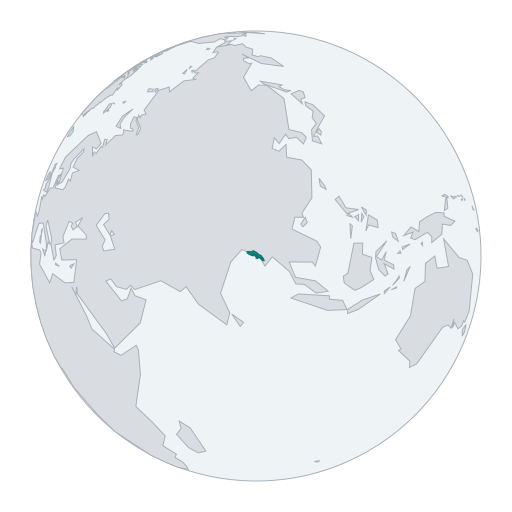 Rakhine on an orthographic globe, rotated 327°
{"feature_id": "MMR-3273", "entity_name": "Rakhine", "entity_type": "State", "adm_level": 1, "iso_a3": "MMR", "parent_name": "Myanmar", "parent_adm1": "", "projection": "orthographic", "projection_center": [93.662, 19.414], "detail": "fine", "context": "on_globe", "style": "filled", "palette": "teal", "viewbox_px": 512, "rotation_deg": 327, "n_neighbors": 0, "source": "natural_earth", "source_scale": "10m", "svg_char_len": 13819}
<svg xmlns="http://www.w3.org/2000/svg" viewBox="0 0 512 512"><g transform="rotate(327 256 256)"><circle cx="256" cy="256" r="225" fill="#eef3f6" stroke="#a8b0b8"/><path d="M347.6,50.2L351.7,52.6L361.0,57.6L353.5,54.0L375.9,67.0L384.5,74.5L370.5,63.8L365.8,61.3L369.5,64.8L365.4,63.1L364.9,64.0L359.7,61.8L351.9,56.5L348.4,55.2L351.3,57.9L347.9,58.0L344.2,54.1L337.9,53.9L323.8,46.6L318.3,40.5L306.2,37.1L293.8,33.9L312.1,37.8L330.1,43.3L347.6,50.2ZM269.3,31.1L268.7,31.1L265.3,31.0L263.4,30.8L269.3,31.1ZM368.6,62.0L366.1,60.2L369.9,62.7L368.6,62.0ZM365.7,64.6L367.7,65.8L366.6,65.9L365.7,64.6ZM357.6,62.7L355.2,62.7L356.3,61.7L357.6,62.7ZM352.9,62.2L347.2,63.0L351.1,65.5L336.7,59.4L346.4,60.3L347.1,58.5L349.4,60.7L352.9,62.2ZM275.5,31.6L293.4,33.8L295.8,34.4L289.3,33.3L294.9,34.6L287.2,33.6L282.4,32.7L279.5,32.4L275.5,31.6ZM329.7,56.2L327.1,55.9L328.3,55.3L329.7,56.2ZM268.8,31.1L272.2,31.4L274.5,31.8L268.1,31.5L269.4,31.4L268.8,31.1ZM300.1,35.6L300.7,36.1L294.6,35.4L294.0,35.6L287.2,33.7L300.1,35.6ZM267.1,31.2L264.7,31.4L260.6,31.1L265.6,31.0L267.1,31.2ZM277.8,32.1L278.6,32.4L276.0,32.1L277.8,32.1ZM244.3,31.2L248.4,31.0L249.9,31.1L244.3,31.2ZM264.1,31.5L265.6,31.5L266.7,31.7L264.3,31.8L264.1,31.5ZM283.4,33.5L280.8,33.3L285.9,34.2L281.6,34.1L277.8,33.0L277.6,33.4L276.3,33.4L274.7,32.6L283.4,33.5ZM265.0,32.5L258.8,31.6L251.0,31.7L249.4,31.5L262.2,31.5L265.0,32.5ZM270.9,32.6L266.9,32.4L266.9,32.0L269.7,31.9L270.9,32.6ZM280.0,34.6L287.6,35.0L288.2,35.3L280.0,34.6ZM262.8,32.5L264.3,32.8L262.2,32.6L262.8,32.5ZM274.7,33.9L277.3,33.9L277.9,34.2L274.7,33.9ZM265.3,33.4L263.2,33.0L265.0,32.8L265.3,33.4ZM269.6,33.7L269.7,34.1L266.9,33.0L270.7,33.6L269.6,33.7ZM274.8,34.2L276.0,34.4L273.6,34.1L274.8,34.2ZM259.6,34.7L255.6,33.3L259.6,32.8L262.9,34.1L259.6,34.7ZM70.1,128.8L75.7,121.7L72.8,127.4L77.8,133.2L77.4,136.2L70.0,145.1L68.4,166.1L75.9,160.1L81.1,174.4L88.9,178.9L103.6,161.4L90.9,153.6L95.3,143.1L110.8,141.5L122.9,149.5L125.1,145.8L123.0,133.8L131.5,129.4L122.9,129.4L122.2,134.0L116.8,134.4L117.2,130.3L120.2,128.6L118.1,125.1L104.5,134.7L102.2,140.4L93.4,137.3L88.8,146.8L84.4,149.3L90.5,134.2L94.3,129.9L100.9,112.4L96.2,116.5L89.6,133.6L89.1,131.2L82.6,137.9L87.2,131.0L95.6,112.3L91.5,110.4L76.2,123.0L75.9,121.7L80.1,115.5L95.6,98.7L94.6,103.6L100.1,98.7L108.8,89.3L107.8,92.0L111.2,89.1L111.7,91.0L120.7,86.9L122.5,88.6L134.1,81.0L136.6,81.2L129.0,85.4L124.7,89.7L130.0,95.2L133.4,94.5L140.6,89.4L141.1,92.0L147.3,86.4L154.4,88.0L151.0,81.8L159.3,76.7L167.9,74.9L170.1,72.4L156.0,75.5L150.9,77.9L147.5,81.6L133.2,88.5L129.6,88.1L142.3,77.4L138.7,76.0L150.2,69.3L181.1,63.5L189.9,64.9L187.4,77.2L180.7,79.2L178.2,75.6L173.1,83.4L177.0,80.6L177.5,83.1L185.6,79.8L186.3,81.4L192.8,75.7L194.5,77.4L190.4,81.0L203.8,78.5L209.7,81.7L212.4,80.4L213.6,78.1L220.3,84.2L222.0,83.0L220.4,80.5L222.8,76.8L229.6,72.8L231.5,75.0L229.3,76.8L227.7,84.3L221.5,89.2L223.0,89.8L228.8,86.2L230.8,76.9L234.3,73.9L234.4,78.0L234.6,76.3L237.0,75.5L241.1,77.1L241.6,72.7L264.9,64.1L275.3,67.1L272.7,71.2L291.0,69.9L301.3,74.9L299.8,72.4L307.6,71.0L304.5,69.3L304.4,68.1L323.1,65.5L329.0,67.2L335.4,64.7L334.7,63.6L330.7,62.0L336.7,59.4L351.1,65.5L352.0,67.6L360.4,70.6L361.3,75.2L366.0,80.9L362.2,85.2L366.2,89.9L369.0,90.6L376.6,98.1L382.4,112.1L365.3,97.4L354.1,78.8L357.6,85.7L353.1,83.4L352.0,85.6L354.8,91.0L357.4,92.0L342.8,99.3L342.1,114.9L351.2,114.0L358.1,118.9L365.2,139.2L352.5,167.9L361.5,177.4L362.9,183.8L356.8,187.9L354.6,178.6L347.4,175.4L347.2,169.9L336.7,174.3L335.8,166.7L328.1,174.6L332.3,180.6L341.9,178.9L335.5,189.8L346.7,200.5L349.3,213.8L334.6,237.6L317.8,245.1L317.0,249.4L309.7,244.6L300.9,253.1L315.2,276.8L315.1,283.7L300.4,296.8L299.9,291.7L280.6,279.1L277.5,295.4L292.2,309.1L297.3,324.8L286.3,319.9L281.0,306.0L274.2,301.1L275.6,287.0L269.2,265.6L258.0,269.3L258.5,260.7L247.9,242.8L231.6,247.3L206.0,267.9L203.1,289.3L194.0,297.8L181.5,265.1L180.7,243.7L173.1,244.6L162.7,224.9L136.0,218.1L134.9,212.2L129.2,213.4L122.4,205.8L121.8,196.2L116.4,195.2L118.7,220.4L124.8,221.8L133.7,214.9L132.9,223.4L139.9,232.9L122.4,249.1L87.2,256.3L88.3,239.8L85.5,190.1L88.2,185.7L88.4,185.2L88.7,184.2L83.6,190.8L84.7,181.5L81.2,214.4L78.6,227.7L86.6,257.1L84.7,259.0L88.7,265.8L107.0,265.7L106.1,270.9L94.6,292.3L73.3,316.7L78.8,339.8L81.8,357.6L74.5,364.3L81.3,378.8L78.3,380.8L82.2,388.5L83.3,394.4L82.9,398.0L75.7,391.0L70.4,383.5L59.5,366.1L42.3,326.9L39.0,313.0L36.3,300.0L31.7,266.8L32.3,252.6L32.3,244.6L31.5,243.1L32.1,233.7L32.1,231.6L32.1,230.8L34.9,212.7L39.2,194.9L44.9,177.4L51.9,160.6L60.4,144.3L70.1,128.8ZM131.0,168.8L141.3,173.4L144.8,159.8L149.1,160.7L148.7,156.1L145.0,158.9L145.3,146.6L152.8,145.1L155.7,139.9L152.4,138.1L138.7,143.2L138.2,160.3L132.3,164.2L131.0,168.8ZM129.7,73.3L127.1,75.9L122.8,78.4L120.7,78.1L126.8,74.2L129.7,73.3ZM124.4,79.1L137.6,69.6L139.5,70.1L136.2,71.3L136.1,72.5L130.8,75.0L119.7,85.3L115.2,88.4L113.6,85.0L116.6,84.1L119.0,81.4L124.4,79.1ZM168.1,50.5L173.9,48.0L170.5,51.9L165.5,53.9L163.0,53.2L167.4,50.5L168.1,50.5ZM259.2,30.7L260.6,30.9L258.3,31.0L255.4,31.1L255.3,30.9L251.6,31.1L249.2,30.9L246.1,31.1L231.4,32.1L259.2,30.7ZM209.3,35.6L211.1,35.5L214.8,34.6L216.8,34.5L213.1,35.2L220.0,34.0L220.7,34.2L229.8,33.7L239.4,32.6L242.9,32.7L239.5,33.2L245.5,33.0L241.4,34.3L243.8,34.5L242.3,36.3L234.2,37.7L237.6,37.9L236.6,39.6L230.0,41.3L231.1,39.6L223.2,42.9L220.8,41.5L220.0,42.0L215.7,41.8L209.0,42.6L208.9,41.9L206.4,42.6L203.4,42.7L199.9,43.5L198.5,42.6L194.0,43.7L195.9,42.7L188.6,44.9L193.4,43.0L190.0,43.4L187.2,45.0L188.1,41.3L186.0,41.9L209.3,35.6ZM258.9,35.1L249.8,36.4L244.0,36.5L249.2,33.5L247.5,33.2L250.6,31.9L258.9,31.9L257.2,32.2L257.6,32.6L254.8,32.4L257.3,32.8L255.1,33.4L256.4,33.9L253.1,34.1L258.9,35.1ZM80.9,133.9L81.3,135.4L82.8,136.6L78.8,141.2L80.9,133.9ZM86.4,121.2L87.3,121.5L82.3,127.9L82.0,126.6L86.4,121.2ZM92.1,116.5L87.8,121.0L89.9,117.8L92.1,116.5ZM130.3,85.6L131.8,85.9L130.3,87.3L127.5,88.7L130.3,85.6ZM206.0,53.1L207.5,51.5L209.0,51.4L215.8,48.6L218.1,49.7L214.9,51.9L206.0,53.1ZM99.0,163.4L94.3,165.6L94.2,163.1L95.8,162.8L99.0,163.4ZM84.1,152.8L85.5,157.6L83.0,154.0L84.1,152.8ZM209.6,53.9L212.2,52.5L211.8,53.9L209.6,53.9ZM220.2,50.5L220.4,51.9L219.2,49.5L220.2,50.5ZM193.7,460.4L198.2,462.5L194.7,462.1L193.7,460.4ZM107.2,364.5L107.7,392.3L100.4,389.7L95.1,380.0L92.2,362.3L99.3,359.9L101.7,352.6L107.2,364.5ZM351.0,358.0L357.1,358.4L356.8,359.4L351.0,358.0ZM344.6,355.2L351.7,355.0L343.2,357.4L344.6,355.2ZM354.5,354.9L361.8,352.4L365.0,350.6L364.3,352.6L354.5,354.9ZM339.7,355.6L312.3,356.5L301.4,354.1L304.1,350.6L321.8,351.0L339.7,355.6ZM303.2,350.5L286.3,340.5L262.4,310.2L271.0,311.0L295.8,329.3L294.2,332.4L304.5,340.4L303.2,350.5ZM343.6,330.5L342.0,339.9L327.0,339.8L320.1,338.6L315.4,326.7L318.1,320.5L323.7,320.5L345.1,298.6L352.6,303.3L346.2,312.5L352.4,320.3L343.6,330.5ZM204.1,291.5L209.4,304.8L204.4,306.4L204.1,291.5ZM353.2,283.2L344.9,293.0L352.3,280.2L353.2,283.2ZM357.2,271.2L358.0,275.9L354.3,271.6L357.2,271.2ZM317.2,255.9L311.3,257.1L310.9,253.8L318.3,250.3L317.2,255.9ZM351.1,225.1L351.9,234.9L351.1,238.3L348.0,232.5L351.1,225.1ZM232.9,65.7L220.9,68.0L213.8,71.3L212.1,75.4L209.3,71.0L220.3,65.9L232.9,65.7ZM260.7,63.8L262.1,60.9L264.9,62.0L265.0,62.8L260.7,63.8ZM259.1,62.2L254.4,59.1L257.4,57.4L260.5,60.1L259.1,62.2ZM231.6,55.3L227.9,55.8L228.3,54.5L231.6,55.3ZM385.3,435.5L388.9,430.2L394.9,427.8L389.3,433.4L385.3,435.5ZM373.4,417.5L332.1,433.9L323.9,433.1L327.8,427.9L324.1,412.8L327.0,413.0L327.5,402.2L352.9,390.3L371.8,369.8L383.8,369.4L394.2,354.4L405.9,353.4L401.2,364.9L411.8,369.7L422.7,343.8L425.5,367.9L430.8,374.6L427.9,389.2L404.9,418.1L395.1,425.1L394.9,423.4L390.4,426.7L385.7,427.1L386.4,420.0L381.8,423.3L387.7,416.5L380.4,422.9L379.5,418.4L373.4,417.5ZM455.3,352.7L456.0,352.7L456.0,355.9L454.9,356.2L455.3,352.7ZM463.8,334.6L463.9,335.8L463.4,336.6L463.8,334.6ZM463.6,334.3L464.6,331.4L464.0,334.0L463.6,334.3ZM461.2,323.4L462.0,321.7L462.2,322.6L461.2,323.4ZM366.2,357.7L375.0,349.8L379.6,348.7L366.2,357.7ZM460.6,321.0L458.9,321.6L459.2,320.1L460.6,321.0ZM461.1,317.7L461.1,315.8L461.6,319.9L461.1,317.7ZM458.0,314.8L459.9,317.4L457.7,315.4L458.0,314.8ZM456.6,315.9L455.0,315.0L455.2,314.3L456.6,315.9ZM435.4,325.3L441.8,335.1L436.0,336.4L429.7,330.8L423.7,338.9L410.7,340.4L414.0,335.6L412.5,329.4L398.4,329.0L395.5,325.1L400.8,321.5L391.1,319.4L401.8,316.0L405.9,324.2L411.8,316.4L421.5,316.3L430.5,317.4L437.2,322.3L435.4,325.3ZM401.3,335.4L403.1,335.1L401.4,338.0L401.3,335.4ZM452.0,311.4L454.3,314.7L453.9,315.9L452.7,315.7L452.0,311.4ZM438.8,320.4L446.3,311.2L447.9,310.8L442.9,320.4L438.8,320.4ZM444.7,306.9L447.9,307.0L449.5,310.6L448.8,311.9L444.7,306.9ZM379.6,330.1L379.1,332.6L376.3,331.0L379.6,330.1ZM383.4,328.2L391.8,329.8L382.5,330.4L383.4,328.2ZM356.6,322.1L359.2,327.8L367.5,323.3L361.2,329.2L366.6,338.3L364.6,342.1L359.3,332.2L357.0,343.0L353.3,343.1L351.5,334.1L355.3,322.6L359.0,317.7L373.9,314.5L356.6,322.1ZM383.4,321.1L381.1,314.5L382.8,309.8L385.3,313.1L383.4,321.1ZM373.9,298.7L367.4,291.3L361.8,294.8L372.8,282.7L377.3,291.8L373.9,298.7ZM367.9,281.7L362.7,284.9L367.9,278.0L367.9,281.7ZM361.2,282.3L360.2,276.8L364.5,277.2L361.2,282.3ZM370.7,281.7L371.1,272.2L373.6,277.5L370.7,281.7ZM357.6,264.5L367.3,272.9L355.2,269.9L353.2,251.8L358.2,251.0L357.6,264.5ZM376.2,189.9L374.1,185.0L378.3,183.5L378.5,187.3L376.2,189.9ZM389.8,175.8L378.7,181.6L369.4,187.0L373.0,189.0L372.2,197.7L366.0,190.2L371.4,180.3L378.7,177.8L378.4,170.7L382.8,165.6L379.6,157.2L381.0,153.4L386.2,160.4L389.8,175.8ZM377.8,153.7L373.8,139.2L382.3,140.6L385.1,144.0L383.4,150.0L379.0,148.8L377.8,153.7ZM375.3,136.3L371.0,135.2L356.1,115.6L355.0,111.9L370.9,126.6L367.7,126.6L369.9,131.5L375.3,136.3ZM328.7,57.1L327.3,56.0L329.8,56.9L328.7,57.1ZM302.5,67.2L302.8,65.7L305.8,66.5L302.5,67.2ZM305.3,62.2L301.7,62.3L304.7,61.2L305.3,62.2ZM293.9,63.0L299.9,61.9L295.3,64.4L293.9,63.0Z" fill="#d9dde1" stroke="#a8b0b8" stroke-width="1"/><path d="M252.0,248.8L252.2,248.7L252.3,248.6L252.5,248.9L252.8,249.1L253.0,249.5L253.3,249.5L253.4,249.4L254.1,249.6L254.2,250.1L254.4,250.3L254.5,250.5L255.1,250.9L255.3,251.0L255.6,251.0L255.8,251.1L256.0,251.0L256.1,250.9L256.0,250.6L256.0,250.3L256.0,250.2L256.3,250.2L256.3,250.3L256.4,250.5L256.5,250.7L256.9,250.9L256.9,251.4L256.9,251.5L257.2,251.6L257.3,251.7L257.8,252.6L258.0,253.0L258.2,253.3L258.2,253.5L258.4,253.8L258.5,254.0L258.5,254.4L258.6,254.8L258.8,255.8L259.3,256.6L259.2,256.8L259.3,257.2L259.5,257.3L259.8,257.5L259.9,257.8L260.0,257.9L260.2,258.1L260.3,258.3L260.2,258.3L259.9,258.5L260.0,258.5L260.2,258.8L260.1,259.0L260.2,259.4L260.1,259.7L260.3,260.0L260.5,260.5L260.6,260.8L260.5,261.1L260.5,261.5L260.5,261.8L260.6,262.1L260.6,262.6L260.3,263.0L260.3,263.6L260.2,263.8L260.1,264.0L259.9,263.9L259.7,263.8L259.4,263.7L259.3,263.3L259.4,263.2L259.6,263.3L259.5,263.1L259.4,262.9L259.3,262.6L259.1,262.4L259.1,261.9L258.9,261.7L259.0,261.5L259.1,261.3L259.0,261.1L259.0,260.9L258.9,260.8L258.8,260.6L258.5,260.6L258.5,260.4L258.8,260.3L258.7,260.1L258.5,259.9L258.2,259.6L258.2,259.4L258.2,259.5L258.2,259.4L258.2,259.0L257.8,258.7L258.0,258.7L258.3,258.7L258.2,258.6L257.8,258.3L257.8,258.1L257.8,258.3L257.7,258.3L257.5,258.2L257.5,258.3L257.4,258.2L257.4,257.9L257.5,257.9L257.4,257.7L257.5,257.5L257.5,257.4L257.4,257.3L257.4,257.1L257.5,256.8L257.4,256.4L257.5,256.2L257.4,256.4L257.3,256.5L257.4,256.8L257.2,257.0L257.0,256.8L256.9,256.9L256.9,257.0L257.1,257.1L257.1,257.5L257.2,257.8L257.1,258.0L256.9,258.1L256.6,257.8L256.3,257.7L256.2,257.6L256.0,257.4L255.9,257.1L255.7,256.9L255.6,256.7L255.4,256.3L255.3,256.1L255.5,255.9L255.7,256.0L255.8,256.0L255.9,256.3L256.0,256.4L256.2,256.5L256.3,256.7L256.5,256.7L257.0,256.4L257.2,256.1L257.2,255.9L256.9,255.8L257.0,255.7L256.8,255.7L256.5,255.4L256.4,255.3L256.3,255.2L256.5,255.0L256.6,254.8L256.5,254.7L256.5,254.9L256.4,255.0L256.2,254.9L256.2,254.7L256.3,254.7L256.2,254.6L256.1,254.8L255.9,254.7L255.8,254.8L255.8,254.5L256.0,254.2L256.3,254.2L256.2,254.1L256.3,254.0L256.2,253.9L256.2,254.0L255.8,254.0L255.7,254.2L255.5,253.9L255.4,253.8L255.5,253.8L255.5,253.7L255.4,253.8L255.2,253.9L255.0,253.4L254.9,253.3L254.9,253.6L254.8,253.3L254.7,253.4L254.6,253.5L254.3,253.4L254.2,253.5L254.1,253.4L254.1,253.6L254.2,253.9L254.4,254.3L254.3,254.2L254.1,253.7L253.9,253.8L253.9,254.0L254.0,254.1L254.1,254.3L254.2,254.5L254.0,254.3L254.0,254.2L253.8,253.9L253.7,253.6L253.5,253.4L253.4,253.2L253.5,253.2L253.8,253.2L254.0,252.9L253.9,252.9L253.7,253.0L253.6,252.8L253.6,252.7L253.7,252.4L253.8,252.3L253.9,252.2L253.8,252.3L253.7,252.3L253.7,252.1L253.9,251.6L253.6,251.9L253.7,252.2L253.6,252.4L253.5,252.6L253.3,252.9L253.2,253.2L252.7,252.9L252.8,252.7L253.1,252.5L253.4,252.4L253.2,252.4L253.0,252.2L252.9,251.7L252.8,251.8L252.7,251.9L252.6,251.7L252.5,251.4L252.3,251.0L252.2,250.9L252.5,251.4L252.5,251.7L252.6,251.9L252.6,252.2L252.6,252.6L252.4,252.5L252.3,252.0L252.2,251.9L251.9,251.6L251.8,251.4L251.6,251.2L251.3,250.9L251.0,250.1L250.9,249.9L250.9,249.6L250.7,249.4L250.6,249.2L250.6,248.8L250.6,248.6L250.7,248.3L250.8,248.1L251.0,248.1L251.1,247.9L251.2,248.0L251.3,248.0L251.4,248.3L251.6,248.3L251.8,248.3L251.9,248.5L252.0,248.7L252.0,248.8ZM257.1,256.0L257.0,256.3L256.9,256.4L256.8,256.5L256.8,256.4L256.7,256.4L256.8,256.5L256.7,256.5L256.4,256.5L256.3,256.3L256.2,256.1L256.3,256.1L256.0,255.9L255.9,255.7L256.0,255.7L256.1,255.4L256.6,255.8L256.7,255.7L256.8,255.7L257.1,255.9L257.1,256.0ZM256.3,258.4L256.4,258.6L256.3,258.8L256.2,258.9L255.9,258.9L255.4,258.3L255.3,258.1L255.7,258.1L255.8,258.1L256.0,258.1L256.3,258.1L256.3,258.3L256.3,258.4ZM255.4,254.5L255.5,254.6L255.4,254.7L255.2,254.5L255.2,254.4L255.1,254.0L255.0,253.9L255.3,254.1L255.4,254.5ZM253.4,253.4L253.6,254.1L253.6,254.4L253.6,254.1L253.3,253.6L253.2,253.4L253.3,253.3L253.4,253.4Z" fill="#14b8a6" stroke="#0f766e" stroke-width="1.5"/></g></svg>